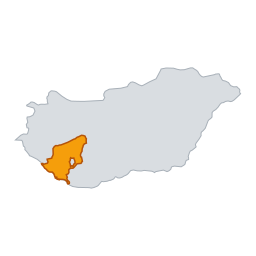 Somogy on a map of Hungary (Equal Earth projection)
{"feature_id": "HUN-3157", "entity_name": "Somogy", "entity_type": "County", "adm_level": 1, "iso_a3": "HUN", "parent_name": "Hungary", "parent_adm1": "", "projection": "equal_earth", "projection_center": [17.569, 46.411], "detail": "fine", "context": "in_parent", "style": "filled", "palette": "amber", "viewbox_px": 256, "rotation_deg": 0, "n_neighbors": 0, "source": "natural_earth", "source_scale": "10m", "svg_char_len": 4092}
<svg xmlns="http://www.w3.org/2000/svg" viewBox="0 0 256 256"><path d="M215.4,74.1L218.5,73.8L219.4,74.1L220.0,76.0L220.9,77.4L221.7,79.2L222.8,80.5L225.3,81.0L228.5,82.6L230.6,85.6L233.8,86.9L234.0,86.9L234.6,86.8L236.9,86.7L237.3,87.3L239.1,88.8L239.9,90.1L239.6,91.5L239.9,93.0L240.6,93.6L239.8,94.6L234.2,99.9L232.0,101.3L230.5,101.6L228.1,101.0L225.6,101.4L223.5,102.6L221.5,102.9L220.0,104.3L218.1,107.1L215.7,109.6L213.3,111.1L212.1,112.5L212.0,117.1L210.7,118.5L208.9,119.8L208.0,121.0L205.3,128.2L203.3,130.5L201.3,132.2L201.0,133.8L201.1,135.7L198.9,139.3L196.0,143.2L195.4,144.7L196.1,146.9L193.3,149.3L191.7,150.5L190.3,151.0L189.5,152.5L188.2,156.3L188.6,157.9L188.6,159.5L186.2,160.4L185.5,162.1L185.0,164.2L184.0,165.1L181.2,166.8L174.4,166.1L171.9,166.7L171.1,167.9L171.0,168.9L170.1,169.9L168.6,171.0L167.0,171.6L163.4,170.1L155.8,171.6L154.5,172.6L153.5,171.9L151.8,171.2L144.2,170.4L141.2,171.0L137.1,170.8L133.4,170.0L130.6,170.6L128.2,173.6L127.0,174.6L126.0,175.2L123.9,176.1L122.2,177.2L119.8,178.0L117.8,177.9L115.8,176.7L115.1,177.0L114.4,178.1L113.4,179.1L110.4,180.4L109.7,180.3L107.2,181.2L103.5,181.7L101.6,181.4L98.2,185.5L97.2,186.2L94.0,187.5L91.3,188.1L89.0,187.6L88.1,187.6L78.0,187.4L72.7,186.5L69.3,184.9L67.1,183.1L66.0,181.1L63.4,179.9L59.2,179.5L56.0,177.5L53.7,174.0L50.6,171.3L46.7,169.2L43.6,166.4L41.3,162.6L37.2,159.3L31.2,156.3L29.4,155.7L29.1,154.7L26.2,151.0L24.9,149.7L25.0,147.9L24.5,146.8L23.4,146.1L22.9,143.5L22.5,141.5L21.7,140.3L15.4,140.0L20.7,135.3L23.4,134.0L26.5,134.2L27.4,133.8L27.7,133.1L28.2,131.6L28.5,130.2L28.8,128.8L28.5,128.1L27.0,127.8L26.3,124.5L27.1,123.3L27.8,122.4L26.9,118.3L27.2,117.0L29.6,116.8L31.6,115.9L33.2,114.9L33.7,113.7L35.0,111.1L33.8,108.0L26.9,106.0L26.6,105.2L28.2,104.3L29.9,103.1L30.9,102.1L32.2,102.0L34.1,102.5L37.4,104.7L38.7,105.0L39.9,104.4L41.2,104.2L44.9,104.3L48.0,103.8L47.3,101.4L47.3,99.7L46.8,98.3L47.1,96.7L48.4,95.6L48.8,92.9L50.7,91.1L51.6,90.8L55.0,91.2L55.8,91.6L56.4,91.7L61.8,96.1L66.9,99.4L71.1,101.1L77.3,101.3L83.8,101.4L94.8,100.8L103.0,100.4L103.6,99.6L104.8,97.6L103.8,95.9L103.8,93.9L105.2,91.3L109.2,89.2L120.9,88.2L127.5,86.6L128.5,84.5L130.7,82.3L132.7,81.9L135.5,82.9L138.9,84.8L141.8,85.8L143.5,85.1L149.4,81.9L156.1,78.8L160.6,70.3L161.1,69.0L166.1,68.0L173.5,68.2L177.3,69.3L180.2,69.9L184.4,69.7L190.5,67.9L192.8,67.9L194.6,69.2L196.5,70.3L197.9,71.7L198.9,73.6L199.5,74.3L200.3,75.3L201.9,76.6L203.4,77.0L214.7,74.6L215.4,74.1Z" fill="#d9dde1" stroke="#a8b0b8" stroke-width="1"/><path d="M56.6,178.6L56.2,178.5L55.9,178.2L55.3,178.0L55.3,177.7L55.5,177.7L56.0,177.5L55.9,177.1L55.4,177.0L54.8,176.8L54.6,176.1L54.5,175.7L54.1,174.3L53.9,173.9L52.6,172.3L52.2,172.1L49.5,172.0L49.0,171.8L47.4,170.7L47.0,170.3L46.8,169.9L46.5,169.5L44.7,168.2L44.4,167.8L43.6,166.4L42.3,165.1L42.1,164.9L41.9,164.7L41.5,163.8L42.8,163.4L43.7,164.3L46.0,163.5L46.6,163.4L47.2,163.3L47.8,162.6L48.0,161.6L47.4,160.5L47.1,159.2L47.9,159.0L51.7,158.2L52.1,156.8L52.7,155.8L53.2,154.3L53.0,148.6L54.3,146.6L55.7,145.6L57.9,145.7L59.3,145.1L61.0,144.9L67.8,142.3L73.8,139.2L75.3,138.8L76.6,137.6L77.4,137.1L78.3,136.9L81.5,135.3L83.3,135.5L85.0,136.1L85.7,137.8L86.4,138.9L86.3,139.2L86.2,139.5L86.2,141.9L86.4,143.1L84.9,143.7L84.5,143.8L84.2,144.0L83.8,144.7L83.3,145.3L83.1,145.9L83.0,146.7L82.4,148.0L82.1,149.6L82.0,151.3L81.0,153.0L80.4,155.0L80.7,156.8L81.5,157.1L82.4,161.3L81.8,161.8L81.6,162.7L80.9,163.4L77.1,163.8L74.0,167.4L73.0,168.2L71.3,168.2L69.8,168.7L68.8,169.7L68.9,172.4L68.3,173.7L66.3,174.7L67.3,177.3L66.8,178.2L67.2,179.5L67.9,180.6L68.8,181.3L69.4,182.2L69.3,183.5L68.5,183.9L67.6,183.8L67.5,183.6L67.5,183.1L67.3,182.4L67.3,182.1L67.0,181.7L65.4,180.1L64.2,179.6L62.8,179.4L59.9,179.3L59.6,179.4L59.5,179.6L59.4,179.7L59.2,179.8L59.0,179.1L58.6,179.0L57.8,179.3L57.2,179.3L57.1,179.2L57.1,178.8L56.9,178.0L56.6,178.6ZM71.6,158.3L70.7,157.7L70.3,158.4L70.3,159.6L70.1,160.8L69.3,161.7L70.2,164.0L70.5,166.6L71.8,165.7L72.9,166.4L73.3,165.3L74.0,163.9L75.1,163.1L74.8,160.8L73.8,158.3L73.8,158.1L71.6,158.3Z" fill="#f59e0b" stroke="#b45309" stroke-width="1.5"/></svg>